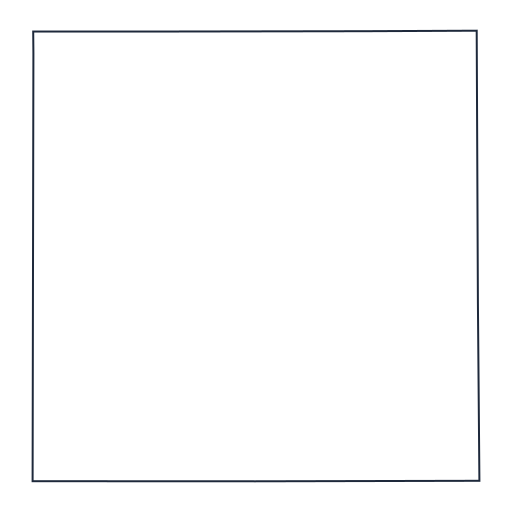 the district of Marion, Iowa, United States of America
{"feature_id": "52423323B54462982436391", "entity_name": "Marion", "entity_type": "district", "adm_level": 2, "iso_a3": "USA", "parent_name": "United States of America", "parent_adm1": "Iowa", "projection": "albers", "projection_center": [-93.073, 41.335], "detail": "fine", "context": "isolated", "style": "outline", "palette": "slate", "viewbox_px": 512, "rotation_deg": 0, "n_neighbors": 0, "source": "geoboundaries", "source_scale": "gbopen_adm2", "svg_char_len": 238}
<svg xmlns="http://www.w3.org/2000/svg" viewBox="0 0 512 512"><path d="M476.7,30.7L365.3,31.2L179.0,31.5L33.2,31.5L33.4,53.4L32.6,481.2L255.6,481.3L479.4,480.8L477.9,301.7L476.7,30.7Z" fill="none" stroke="#1e293b" stroke-width="2"/></svg>